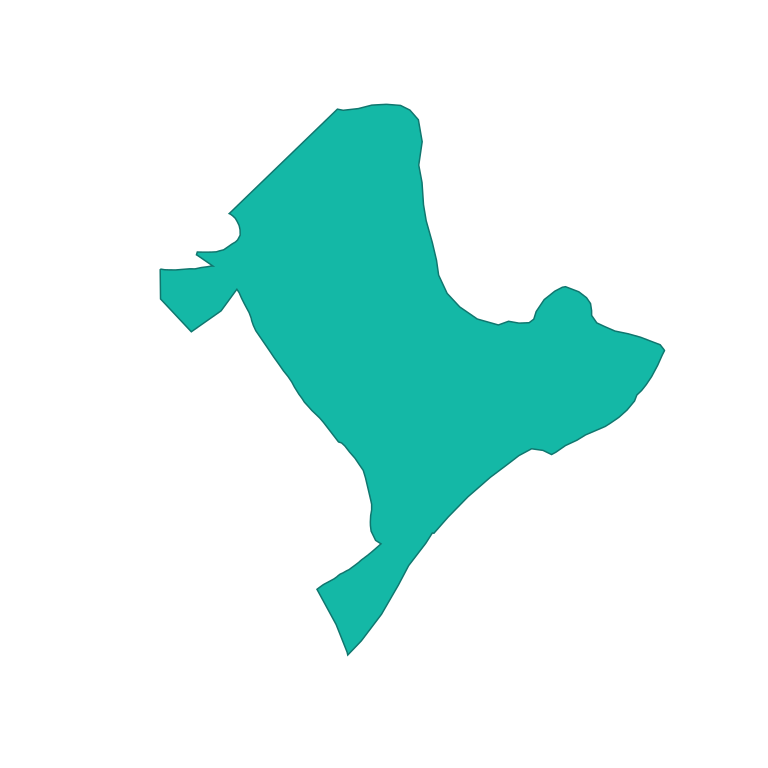 outline of Marisule/East Winds, Gros Islet, Saint Lucia, rotated 291°
{"feature_id": "8701671B58662152175879", "entity_name": "Marisule/East Winds", "entity_type": "district", "adm_level": 2, "iso_a3": "LCA", "parent_name": "Saint Lucia", "parent_adm1": "Gros Islet", "projection": "mercator", "projection_center": [-60.969, 14.054], "detail": "fine", "context": "isolated", "style": "filled", "palette": "teal", "viewbox_px": 768, "rotation_deg": 291, "n_neighbors": 0, "source": "geoboundaries", "source_scale": "gbopen_adm2", "svg_char_len": 2283}
<svg xmlns="http://www.w3.org/2000/svg" viewBox="0 0 768 768"><g transform="rotate(291 384 384)"><path d="M623.9,242.0L487.6,178.4L487.5,179.9L486.8,182.4L485.4,185.8L483.0,188.8L480.0,192.0L476.3,194.4L471.4,196.4L466.0,195.7L463.3,194.4L460.2,191.9L456.6,189.5L451.8,186.2L449.2,182.5L447.3,180.1L445.3,175.6L443.7,171.6L442.1,167.4L440.3,162.4L437.4,162.6L437.1,164.2L432.8,182.0L432.1,180.3L429.9,176.6L427.2,171.6L423.8,166.4L421.8,161.1L418.5,154.2L415.9,148.8L413.7,143.0L412.1,138.4L411.3,134.6L410.5,134.1L383.3,144.9L363.7,185.4L393.9,205.7L419.7,212.7L417.3,216.1L413.4,219.9L409.0,224.7L405.1,229.2L402.3,232.5L398.0,236.3L395.7,237.8L391.9,241.0L387.8,245.2L373.6,265.8L369.5,271.6L364.5,279.2L360.2,285.5L356.6,291.7L352.7,297.3L349.1,301.4L343.9,308.3L341.1,312.7L338.5,316.2L336.4,320.4L333.4,326.2L331.4,331.0L329.3,336.0L326.5,341.2L313.6,362.3L313.8,365.5L312.1,369.7L308.1,376.3L304.3,383.5L299.6,390.2L295.9,395.6L289.7,400.4L279.3,407.5L270.9,413.2L267.2,415.6L262.0,417.6L256.4,418.7L250.3,420.7L246.9,422.1L242.0,424.7L235.0,432.2L233.7,438.5L223.5,433.1L221.5,432.0L217.4,429.6L211.9,426.1L207.9,424.0L204.8,422.1L200.3,419.2L198.2,417.9L196.2,416.0L193.0,413.4L190.8,411.2L188.7,409.9L187.1,409.1L184.2,407.2L176.1,400.2L174.6,399.0L170.9,396.6L168.3,395.0L142.3,425.5L120.5,445.6L118.0,447.3L136.1,454.9L168.2,464.2L201.5,469.5L223.3,472.1L250.3,480.1L262.2,482.5L262.6,484.1L282.6,491.5L308.8,502.8L335.0,516.7L353.7,528.4L365.5,535.6L376.4,545.0L379.0,556.2L378.2,565.7L381.9,568.9L391.6,575.5L400.7,584.3L408.7,590.4L423.7,605.8L429.0,609.7L437.0,615.2L446.7,620.2L457.9,624.0L464.3,624.0L470.2,626.8L477.2,629.0L486.8,631.2L499.6,632.8L510.9,633.4L515.7,633.9L516.4,633.1L519.6,627.8L519.6,617.3L519.6,606.8L518.4,594.0L516.2,580.6L516.7,569.6L517.3,560.8L522.4,553.3L526.9,551.5L533.1,548.0L537.1,542.2L539.9,532.9L539.9,523.6L539.9,518.6L538.2,515.8L531.9,510.2L520.2,503.3L506.2,500.1L498.2,500.6L493.2,497.5L489.2,488.2L487.2,477.8L480.1,469.6L478.1,447.8L483.1,427.1L491.2,410.5L505.2,396.0L518.3,388.7L533.4,378.4L551.5,364.9L565.6,356.6L585.7,347.3L600.8,338.0L623.9,332.8L643.0,321.4L649.0,310.0L650.0,299.6L646.0,286.1L643.2,279.8L640.0,272.7L631.9,261.3L624.9,247.8L623.9,242.0Z" fill="#14b8a6" stroke="#0f766e" stroke-width="1.5"/></g></svg>